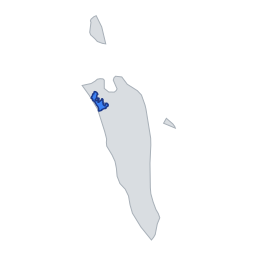 location of Suai, Cova Lima, East Timor, rotated 92°
{"feature_id": "22284137B60263836524270", "entity_name": "Suai", "entity_type": "district", "adm_level": 2, "iso_a3": "TLS", "parent_name": "East Timor", "parent_adm1": "Cova Lima", "projection": "albers", "projection_center": [125.311, -9.25], "detail": "fine", "context": "in_parent", "style": "filled", "palette": "blue", "viewbox_px": 256, "rotation_deg": 92, "n_neighbors": 0, "source": "geoboundaries", "source_scale": "gbopen_adm2", "svg_char_len": 4482}
<svg xmlns="http://www.w3.org/2000/svg" viewBox="0 0 256 256"><g transform="rotate(92 128 128)"><path d="M87.1,175.3L84.8,166.3L82.3,162.5L80.3,160.3L79.7,157.6L79.8,154.7L81.0,153.4L89.3,153.1L92.7,148.5L92.6,142.9L91.0,141.1L89.3,140.3L80.7,144.4L78.2,143.7L76.7,142.2L77.2,136.0L84.3,130.3L90.4,119.9L94.6,115.7L104.5,111.8L108.5,110.7L137.3,105.0L144.2,104.6L162.4,104.8L186.9,103.6L192.9,102.9L200.8,100.4L208.4,97.3L212.4,94.8L216.6,93.1L222.9,95.4L233.5,97.1L236.4,98.6L239.1,100.7L226.6,111.6L213.0,120.6L204.6,123.3L195.9,125.1L189.3,128.6L183.8,134.1L176.6,137.2L168.6,138.2L161.8,139.8L155.5,143.0L146.9,148.6L143.4,149.1L139.7,149.0L132.5,151.1L110.3,159.0L96.8,167.8L87.1,175.3ZM16.9,163.7L27.9,157.8L44.7,153.2L44.3,156.5L42.6,161.7L40.0,164.2L36.2,168.6L33.7,169.6L23.6,168.7L22.3,169.3L20.6,168.8L18.0,166.0L16.9,163.7ZM126.5,80.7L122.0,92.6L117.0,90.0L122.3,83.4L124.8,81.4L126.5,80.7Z" fill="#d9dde1" stroke="#a8b0b8" stroke-width="1"/><path d="M105.1,148.8L104.9,148.9L104.8,149.2L104.7,149.4L104.4,149.6L104.2,149.7L104.1,149.8L104.1,150.0L104.1,150.3L104.0,150.6L104.2,150.8L104.3,150.8L104.5,151.0L104.8,151.1L105.0,151.2L105.0,151.3L105.6,151.4L105.7,151.5L105.8,151.5L106.1,151.6L106.3,151.8L106.5,151.9L106.3,152.1L106.2,152.4L106.0,152.5L105.9,152.6L106.0,152.9L105.7,153.2L105.7,153.3L105.3,153.6L105.2,153.6L104.8,153.4L104.7,153.4L104.7,153.5L104.4,153.7L104.2,153.4L104.2,153.5L103.8,153.6L103.7,153.7L103.5,153.8L103.2,154.1L102.9,154.0L102.7,153.9L102.4,153.9L102.0,153.8L101.9,153.9L101.6,154.1L101.5,154.4L101.4,154.5L100.7,154.0L100.4,154.2L100.1,154.3L99.9,154.5L99.7,154.7L99.7,154.9L99.9,155.0L100.0,155.3L100.3,155.4L100.6,155.5L100.8,155.7L100.9,155.8L101.1,155.9L101.5,156.1L101.7,156.3L101.7,156.5L101.8,156.6L102.1,156.8L102.2,157.2L102.4,157.5L102.7,157.7L103.1,157.8L103.3,158.1L103.3,158.4L103.3,158.6L103.3,158.8L103.1,158.8L102.8,158.7L102.6,158.7L102.3,158.5L102.2,158.5L101.6,158.3L101.5,158.2L101.3,158.2L100.8,158.1L100.6,158.1L100.4,158.0L100.2,158.0L99.8,158.0L99.4,158.0L99.2,158.6L99.1,158.8L99.1,159.1L99.3,159.2L99.3,159.3L99.4,159.2L99.5,159.2L99.6,159.3L99.7,159.6L99.8,159.6L100.1,159.2L100.8,158.8L101.0,158.7L101.0,158.8L101.2,159.0L101.3,159.0L101.4,158.9L101.4,159.0L101.5,159.1L101.4,159.2L101.5,159.3L101.6,159.2L101.6,159.3L101.5,159.5L101.7,159.8L101.8,159.8L101.8,160.0L102.0,160.1L101.9,160.1L101.8,160.4L101.9,160.6L101.9,160.9L101.9,161.0L101.7,161.1L101.4,161.2L101.3,161.5L101.2,161.5L100.8,161.4L100.8,161.2L100.7,161.2L100.4,161.0L100.2,161.0L100.1,160.9L100.1,161.0L100.0,160.9L99.9,160.9L99.7,160.7L99.4,160.7L99.2,160.4L98.9,160.3L98.7,160.4L98.1,160.4L97.9,160.3L97.4,160.3L97.1,160.4L96.2,160.2L95.8,159.8L95.4,159.4L95.2,159.4L95.1,159.5L94.8,159.8L94.7,159.8L94.3,159.9L94.2,160.1L93.8,160.4L93.6,160.5L93.4,160.8L93.3,161.1L93.1,161.4L93.0,161.5L92.9,161.7L92.9,162.0L92.8,162.6L93.0,163.0L93.5,163.2L93.8,163.2L94.1,163.2L94.3,163.3L94.9,163.5L95.0,163.5L95.0,163.8L95.1,164.2L95.2,164.3L95.4,164.4L95.5,164.5L96.0,164.5L96.5,164.6L97.0,164.6L97.3,164.8L97.4,165.0L97.5,165.1L97.7,165.3L97.8,165.3L98.4,165.5L98.6,165.4L98.7,165.5L98.8,165.6L99.0,165.6L99.4,165.8L99.5,165.8L99.7,165.6L99.8,165.1L99.9,164.9L100.1,164.6L100.3,164.4L100.5,164.3L100.8,164.2L101.0,164.2L101.3,164.3L101.6,164.1L101.9,163.7L102.0,163.6L102.1,163.3L102.2,163.2L102.5,162.7L102.8,162.5L102.9,162.4L103.0,162.2L103.0,162.3L103.2,162.1L103.4,161.9L103.9,161.5L104.2,161.4L104.3,161.4L104.7,161.1L104.9,160.9L105.2,160.8L105.3,160.7L105.5,160.7L105.5,160.8L105.5,160.7L105.8,160.5L105.9,160.4L106.0,160.3L106.2,160.2L106.6,159.7L107.0,159.4L107.4,159.1L107.8,158.8L108.2,158.6L108.7,158.4L109.2,158.2L109.6,158.1L109.9,158.1L110.0,158.0L110.4,158.0L110.6,158.0L110.8,158.0L111.1,158.0L111.3,158.0L111.5,158.1L111.9,158.0L112.0,157.3L112.0,156.9L111.9,156.7L111.7,156.4L111.6,156.2L111.5,155.9L111.5,155.7L111.4,155.4L111.3,155.2L111.2,155.1L111.1,154.9L110.9,154.8L110.6,154.8L110.6,154.7L110.5,154.4L110.3,154.3L110.2,154.1L110.1,153.9L110.0,153.7L109.8,153.4L109.7,153.2L109.5,152.8L109.4,152.6L109.3,152.3L109.3,152.2L109.2,152.0L109.4,151.8L109.4,151.6L109.3,151.4L109.2,151.2L109.0,150.8L108.8,150.6L108.7,150.6L108.3,150.8L108.2,150.8L108.1,150.6L107.9,150.4L107.7,150.1L107.6,149.9L107.4,149.7L107.2,149.7L107.0,149.4L107.0,149.2L106.9,148.9L106.7,148.8L106.3,148.7L106.1,148.7L105.8,148.6L105.7,148.7L105.5,148.8L105.4,148.8L105.2,148.9L105.1,148.8Z" fill="#3b82f6" stroke="#1e3a8a" stroke-width="1.5"/></g></svg>